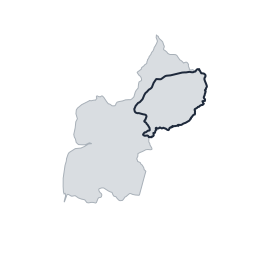 location of Upper Takutu-Upper Essequibo within Guyana, rotated 237°
{"feature_id": "GUY-674", "entity_name": "Upper Takutu-Upper Essequibo", "entity_type": "Region", "adm_level": 1, "iso_a3": "GUY", "parent_name": "Guyana", "parent_adm1": "", "projection": "albers", "projection_center": [-59.289, 2.847], "detail": "fine", "context": "in_parent", "style": "outline", "palette": "slate", "viewbox_px": 256, "rotation_deg": 237, "n_neighbors": 0, "source": "natural_earth", "source_scale": "10m", "svg_char_len": 7499}
<svg xmlns="http://www.w3.org/2000/svg" viewBox="0 0 256 256"><g transform="rotate(237 128 128)"><path d="M82.0,119.4L76.6,113.3L71.2,107.3L65.9,101.4L65.6,100.6L67.8,97.7L69.8,95.7L71.5,94.6L72.2,93.6L71.6,89.2L71.7,87.6L70.9,85.9L70.3,84.0L71.0,82.4L71.8,81.3L72.9,80.9L75.3,80.5L77.1,80.4L77.7,79.7L78.7,79.0L80.1,79.0L82.7,79.5L83.9,78.5L86.0,77.2L90.9,75.0L92.0,73.5L92.7,71.2L92.6,70.2L92.1,69.8L90.9,69.4L89.1,69.4L87.6,69.9L86.1,69.6L84.8,68.2L84.8,67.1L85.5,65.4L85.1,64.3L82.7,60.9L82.7,60.0L84.4,58.4L85.4,57.1L86.8,54.0L87.9,52.9L91.3,52.6L92.1,51.9L93.8,50.2L96.4,48.3L100.1,46.8L101.2,44.1L101.8,43.3L104.7,41.9L105.3,41.1L105.2,40.4L100.5,34.2L101.4,34.7L105.1,38.7L107.1,39.6L107.5,39.6L107.5,38.5L109.4,39.0L114.2,41.7L121.2,46.3L131.0,54.9L133.8,58.2L135.7,59.7L138.7,63.5L139.5,65.3L139.4,72.6L136.8,77.6L136.2,81.3L136.1,86.3L134.6,89.1L136.6,87.6L137.2,83.1L138.9,80.4L141.1,77.4L144.1,76.7L147.3,77.9L149.8,78.1L152.1,79.0L156.9,83.8L161.6,87.6L163.3,90.6L168.3,92.1L171.3,94.5L172.2,96.5L172.8,101.9L171.9,110.1L172.1,110.5L170.8,112.1L170.5,113.1L169.7,115.0L169.0,115.9L170.0,118.2L171.1,118.3L171.5,118.6L171.8,119.0L171.8,119.5L171.3,119.9L170.2,120.5L169.2,121.8L169.3,123.2L168.7,124.0L166.6,124.4L162.6,124.4L160.6,124.5L159.0,124.7L158.0,125.7L156.7,126.3L155.6,126.5L154.7,127.5L153.8,129.1L154.1,130.1L155.1,131.5L155.6,133.0L154.9,135.3L154.1,137.1L153.6,138.4L153.0,141.1L151.4,144.0L150.3,145.6L150.3,147.4L150.9,149.9L154.1,153.6L155.1,155.4L156.0,158.3L158.8,160.5L160.6,162.3L160.5,164.7L160.7,165.4L161.8,166.0L163.2,166.5L164.7,166.4L166.0,166.2L166.4,165.9L169.5,165.9L169.8,166.4L170.0,169.9L170.1,171.3L170.9,171.8L171.3,172.7L171.3,173.5L171.5,175.4L171.9,176.4L171.9,178.5L172.2,179.2L173.0,179.7L174.1,181.2L174.5,181.4L174.7,181.9L175.7,184.0L176.2,184.6L176.5,184.7L176.6,185.4L177.3,187.4L177.8,187.9L178.6,189.3L179.0,190.9L180.1,192.6L181.3,193.9L181.8,195.2L183.3,198.0L184.8,200.0L186.7,200.5L188.4,200.8L189.4,201.6L190.4,202.4L189.3,202.8L188.4,203.3L187.0,202.9L185.2,203.1L183.2,203.7L181.4,204.0L178.0,203.1L177.0,203.0L176.3,202.6L174.9,200.8L174.2,200.6L172.4,201.4L170.2,202.0L169.2,201.9L167.9,202.5L166.7,203.3L164.5,206.7L163.4,208.0L162.1,208.5L159.6,208.5L157.0,208.6L155.0,209.5L153.2,209.9L152.2,210.0L151.9,211.8L151.5,212.7L150.9,213.2L149.5,213.4L148.2,213.3L147.4,212.5L145.9,212.1L144.6,211.9L143.8,211.4L143.1,211.5L142.5,212.3L142.1,213.0L141.7,214.2L139.7,214.6L138.9,215.3L139.4,217.6L139.2,218.5L138.7,219.2L136.4,219.4L134.3,219.3L133.2,220.2L131.7,221.2L130.8,221.4L129.8,221.3L128.4,220.2L127.1,218.7L123.7,217.7L120.4,216.9L118.2,214.7L117.7,213.5L116.7,213.1L114.1,210.4L112.6,208.7L111.1,208.2L109.3,207.5L109.4,206.2L109.3,205.0L108.5,204.5L107.4,204.2L107.0,203.5L107.1,202.0L107.4,197.9L107.1,194.0L104.7,192.7L103.6,191.8L101.8,186.0L101.0,183.4L100.9,181.5L101.5,175.7L102.2,173.3L104.1,168.3L105.1,166.6L105.2,165.3L105.1,163.7L104.5,160.5L107.7,158.5L109.0,157.7L109.2,156.3L110.9,154.6L111.6,153.0L112.3,151.7L112.1,151.0L111.4,150.6L110.5,149.4L108.7,145.9L108.1,145.2L107.5,144.2L107.8,142.7L108.5,141.0L108.4,140.3L107.3,139.4L105.1,137.9L103.2,137.8L101.8,137.2L99.7,137.1L98.0,137.0L97.1,136.4L97.3,135.5L97.7,134.8L99.1,133.0L100.1,131.1L100.2,129.3L100.5,126.9L100.9,124.8L101.1,122.4L98.9,120.8L98.2,119.6L97.3,118.4L96.3,118.4L94.7,117.9L92.4,119.4L90.5,119.2L89.2,119.7L86.2,119.6L84.3,118.9L82.0,119.4Z" fill="#d9dde1" stroke="#a8b0b8" stroke-width="1"/><path d="M111.3,150.9L111.1,150.8L111.1,150.1L110.9,149.8L110.5,149.2L109.7,148.4L109.4,148.0L109.5,147.4L109.8,147.0L109.9,146.6L109.3,146.2L108.2,145.8L107.8,145.5L107.5,144.8L107.5,144.6L107.5,144.3L107.5,143.9L107.6,143.7L107.8,143.4L107.8,143.1L107.6,142.8L107.5,142.7L107.8,142.2L108.6,141.3L108.8,140.7L109.1,140.5L110.0,140.6L110.6,140.5L110.8,140.4L111.0,140.3L111.2,140.1L111.3,139.9L112.1,138.3L112.3,138.0L112.5,137.7L112.9,137.4L113.1,137.3L113.3,137.2L113.9,137.0L114.4,137.2L114.6,137.7L114.8,138.1L115.1,138.9L115.2,139.4L115.2,139.7L115.1,139.9L115.0,140.0L114.8,140.4L114.7,140.9L114.8,142.0L114.9,143.1L114.9,143.3L114.8,143.5L114.5,143.9L114.4,144.1L114.3,144.4L114.3,144.7L114.3,144.9L114.5,145.1L114.7,145.3L114.9,145.4L115.8,145.8L116.1,146.0L116.5,146.1L119.9,146.2L121.4,145.9L121.8,146.0L122.3,146.0L122.5,146.0L122.9,145.9L124.0,145.4L124.4,145.3L124.5,145.3L124.9,145.4L125.0,145.5L125.3,146.2L125.5,146.8L125.5,147.1L125.7,147.3L127.4,149.6L127.7,149.8L127.8,149.9L128.2,150.0L129.0,150.0L129.3,150.0L129.4,149.9L129.6,149.8L130.0,149.5L130.7,148.8L131.2,148.2L134.6,145.2L135.2,144.1L135.6,143.7L136.0,143.4L136.5,143.0L137.1,142.8L137.4,142.7L137.8,142.7L138.0,142.7L138.6,142.8L139.3,143.1L140.5,143.6L140.9,144.3L142.4,146.5L143.5,150.0L143.5,150.6L143.3,151.3L143.3,151.6L143.3,152.1L144.1,155.4L144.3,155.9L144.5,156.3L146.9,159.8L147.7,161.5L147.9,161.9L147.9,162.4L147.9,163.0L148.8,166.4L148.8,166.9L148.7,168.1L148.8,168.8L148.9,169.5L149.2,170.3L151.9,174.1L153.5,177.9L153.6,178.4L153.5,178.6L151.5,181.3L151.1,182.0L151.0,182.6L151.0,183.0L151.2,186.3L151.2,187.0L151.2,187.5L151.1,188.0L150.8,188.9L149.0,192.3L145.0,203.6L144.0,205.4L143.0,207.0L141.7,210.0L141.4,210.4L140.3,211.5L139.4,212.8L139.2,213.4L139.0,214.9L138.7,215.3L138.9,215.8L139.3,216.8L139.5,217.4L139.5,218.0L139.4,218.4L138.6,219.7L138.4,219.7L138.2,219.6L137.9,219.3L137.7,219.2L137.2,219.5L134.4,219.3L134.0,219.3L133.7,219.6L133.0,220.6L132.6,221.0L132.1,221.4L131.5,221.6L131.0,221.7L130.5,221.8L130.1,221.7L129.6,221.5L128.9,220.9L128.7,220.4L128.6,219.9L128.1,219.3L127.7,218.9L127.2,218.6L126.0,218.2L121.8,217.4L120.1,216.9L119.7,216.6L119.4,216.2L118.8,215.0L118.6,214.7L118.1,214.4L118.0,214.0L118.0,213.5L117.7,213.1L117.4,213.1L116.9,213.2L116.6,213.2L116.3,212.6L116.2,212.5L116.1,212.4L115.8,212.4L115.7,212.3L115.4,212.1L114.9,211.2L114.7,210.9L113.9,210.3L113.5,209.7L112.8,208.6L112.2,208.1L111.7,208.0L111.2,208.0L110.8,208.1L110.3,208.2L110.0,208.1L109.7,208.0L109.5,207.8L108.9,207.2L109.3,206.4L109.8,205.4L109.8,205.1L109.6,205.1L109.3,205.0L108.3,204.6L108.0,204.6L107.5,204.8L107.2,204.8L107.0,204.5L106.8,204.0L106.8,203.4L106.8,203.0L106.9,202.7L107.2,202.3L107.3,202.0L107.4,201.7L107.3,201.1L107.4,200.9L107.5,200.4L107.5,200.2L107.4,200.0L107.2,199.4L107.1,199.1L107.2,198.8L107.5,198.4L107.6,198.1L107.5,197.9L107.3,197.1L107.3,196.1L107.4,195.2L107.4,194.3L106.9,193.7L106.6,193.6L106.1,193.6L105.9,193.5L105.6,193.4L104.8,192.7L103.8,192.2L103.3,191.8L103.0,191.3L103.1,191.1L103.3,190.7L103.3,190.4L103.3,190.1L103.2,189.6L103.2,189.3L102.5,187.6L102.4,187.2L102.4,186.8L102.3,186.6L102.1,186.2L101.7,186.0L101.6,185.9L101.7,185.5L101.7,185.4L100.9,183.8L100.8,183.3L101.0,179.1L101.5,177.1L101.6,176.5L101.5,175.1L101.6,174.4L101.9,173.8L102.6,172.7L102.9,172.5L103.0,172.4L103.1,172.1L102.9,171.8L102.8,171.7L103.2,171.6L103.3,171.5L103.2,171.3L103.0,171.1L103.0,170.9L103.0,170.6L103.1,170.4L103.3,170.2L103.8,168.8L103.9,168.6L104.6,167.5L104.8,166.6L105.1,166.6L105.4,166.4L105.4,166.2L105.2,165.9L105.2,165.7L105.3,164.5L104.9,164.7L105.0,164.2L105.4,163.2L105.2,162.5L104.7,162.0L104.3,161.4L104.3,160.7L105.0,160.0L107.1,159.2L108.0,158.3L108.6,158.1L108.8,157.9L109.0,157.6L109.0,157.4L109.0,157.2L109.0,156.9L109.2,156.2L109.5,155.9L110.6,155.4L111.1,155.0L111.1,154.7L111.0,154.3L111.0,153.7L111.1,153.2L111.5,152.6L112.0,152.1L112.4,151.9L112.7,151.9L112.8,151.7L112.8,151.3L112.6,151.1L112.3,151.0L111.5,150.9L111.3,150.9Z" fill="none" stroke="#1e293b" stroke-width="2"/></g></svg>